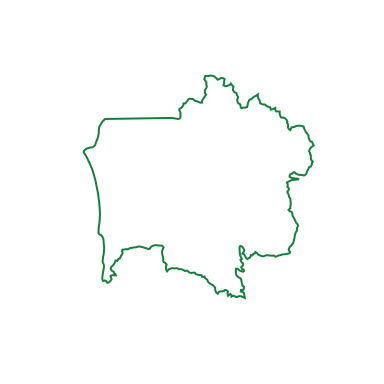 outline of Guaraqueçaba, Paraná, Brazil, rotated 136°
{"feature_id": "56859067B83930730788661", "entity_name": "Guaraqueçaba", "entity_type": "district", "adm_level": 2, "iso_a3": "BRA", "parent_name": "Brazil", "parent_adm1": "Paraná", "projection": "albers", "projection_center": [-48.356, -25.235], "detail": "fine", "context": "isolated", "style": "outline", "palette": "green", "viewbox_px": 384, "rotation_deg": 136, "n_neighbors": 0, "source": "geoboundaries", "source_scale": "gbopen_adm2", "svg_char_len": 5760}
<svg xmlns="http://www.w3.org/2000/svg" viewBox="0 0 384 384"><g transform="rotate(136 192 192)"><path d="M106.2,126.8L106.9,128.4L108.4,130.1L109.4,131.4L110.7,133.2L111.3,135.1L110.4,135.9L109.0,136.5L107.5,135.8L106.0,135.8L104.5,135.2L104.4,132.9L103.5,130.5L101.2,128.0L100.0,126.1L97.8,125.5L96.5,126.0L94.5,127.0L91.9,127.9L90.5,128.5L88.8,127.8L87.0,128.4L85.6,129.5L83.9,130.0L84.1,131.9L82.6,134.4L81.1,135.6L80.9,137.0L80.1,137.9L79.4,140.0L77.8,140.9L75.6,141.5L72.2,140.9L71.5,143.0L70.8,144.4L71.7,146.3L70.5,150.0L69.0,151.7L68.5,154.4L68.5,156.3L67.8,157.7L67.3,159.7L66.2,161.6L67.3,163.4L68.6,165.1L70.4,166.5L71.6,167.3L73.3,167.7L75.5,169.4L78.2,168.2L78.6,169.7L78.1,171.9L77.0,172.7L75.8,174.3L75.6,175.7L74.4,176.5L73.8,178.8L74.0,180.7L74.7,182.3L76.1,183.4L75.8,185.1L74.6,187.4L73.0,189.0L75.5,191.5L74.9,193.5L73.7,194.7L77.0,195.7L78.1,196.5L76.9,198.4L77.7,199.6L78.3,201.0L78.7,202.8L78.8,204.4L79.8,205.2L80.6,206.6L81.3,208.4L79.6,211.2L79.4,212.9L78.2,215.3L76.8,216.4L79.6,216.9L81.1,217.4L82.4,217.5L85.0,217.6L86.6,218.5L89.4,217.4L91.1,216.3L93.4,214.8L95.1,215.7L96.7,217.3L97.9,217.6L98.2,218.9L97.4,220.1L96.4,221.7L97.1,223.6L96.6,225.4L95.3,227.0L94.0,227.7L92.9,228.2L92.5,230.2L91.3,232.5L92.2,234.2L91.8,236.8L90.2,238.2L89.1,238.8L89.0,240.7L88.8,243.1L90.4,242.8L91.5,243.3L93.4,244.0L94.9,245.4L95.1,247.1L93.5,247.8L91.4,249.8L90.1,250.4L90.5,252.1L91.8,253.9L93.3,254.1L94.4,254.3L95.6,255.1L95.4,256.9L95.8,260.1L96.6,261.4L98.1,263.3L99.5,263.9L100.4,265.0L101.7,266.2L104.7,264.8L105.1,262.6L105.4,260.9L107.1,259.3L108.1,257.6L109.4,256.9L112.1,256.2L113.9,254.3L114.2,252.3L117.7,251.5L121.1,250.8L122.6,249.3L123.9,250.4L124.6,251.9L125.3,253.7L126.4,255.3L126.8,258.3L127.7,259.4L129.3,261.0L130.8,261.1L132.0,260.7L133.3,260.7L135.1,260.3L136.7,261.6L138.2,260.3L140.5,259.9L143.1,260.4L144.2,259.9L145.3,257.0L147.6,254.5L148.6,253.7L150.1,253.5L151.3,254.2L153.3,257.0L154.0,258.0L157.5,261.6L203.8,304.9L207.3,304.9L209.7,304.4L213.2,303.4L214.8,302.4L216.5,300.8L217.7,299.6L218.6,298.8L219.8,297.9L221.4,296.8L222.8,296.1L224.5,295.3L225.9,294.8L227.3,294.0L229.1,293.0L230.6,293.0L232.4,293.2L234.4,294.7L236.8,296.0L238.5,296.6L240.1,296.6L241.3,296.7L242.4,295.6L242.7,294.2L242.9,292.9L243.1,291.6L243.5,290.4L244.1,288.5L244.9,286.1L245.5,284.4L245.9,283.2L246.7,281.2L247.4,279.3L247.9,278.0L248.8,276.1L249.6,274.4L250.4,272.9L251.1,271.6L252.3,269.5L253.5,267.3L255.0,264.9L255.7,263.9L256.5,262.6L257.4,261.1L258.2,260.0L259.0,258.7L259.9,257.4L260.9,255.9L261.8,254.7L262.5,253.6L263.7,252.1L264.7,250.7L265.6,249.4L266.6,248.2L267.4,247.3L268.5,245.9L270.0,244.1L271.4,242.4L272.7,241.1L273.7,239.9L275.0,238.7L276.7,237.1L278.2,235.7L279.3,234.7L281.0,233.4L282.6,232.1L283.8,231.2L285.2,229.9L286.6,228.6L287.6,227.6L288.1,226.0L287.3,223.7L287.6,222.0L288.1,220.3L288.8,219.2L291.1,216.5L292.5,214.6L294.2,212.6L298.1,209.1L301.3,206.9L304.7,204.0L306.1,200.8L306.9,199.6L315.0,193.6L316.3,192.5L317.4,191.0L317.8,189.8L316.4,189.0L315.6,187.8L316.1,185.5L314.7,184.8L313.4,184.7L311.1,184.9L310.0,185.6L309.0,188.1L307.5,187.8L305.9,186.3L304.8,184.9L304.1,186.1L304.3,187.7L303.7,189.1L304.4,190.7L303.9,193.3L302.2,194.2L300.8,194.1L299.2,194.2L297.0,194.6L294.5,195.8L293.6,194.3L291.6,194.9L290.3,194.4L289.0,194.7L287.7,195.3L286.2,195.6L285.1,195.8L284.1,196.6L283.4,198.1L282.0,198.8L281.1,197.9L279.1,196.7L278.0,195.4L276.0,194.9L274.4,194.0L270.7,191.2L268.5,190.0L267.2,188.9L266.5,187.6L265.5,186.0L263.8,183.0L262.9,181.1L261.5,180.5L259.8,181.1L257.7,180.6L255.7,179.5L254.8,178.7L253.2,176.7L251.7,175.2L250.7,173.8L250.9,172.0L253.9,170.6L255.0,169.9L256.4,168.2L257.2,167.0L258.3,165.0L259.2,163.8L260.4,162.7L261.1,161.3L260.5,159.6L260.6,157.4L262.5,156.7L263.6,155.2L264.5,154.1L265.0,152.2L263.7,152.4L262.1,152.5L260.7,151.7L259.3,151.1L258.1,149.8L257.1,148.6L255.5,147.5L255.1,145.5L253.3,144.0L252.7,142.6L252.2,141.3L251.9,140.0L250.5,139.2L249.9,138.0L249.9,136.1L248.5,134.0L247.5,133.4L246.1,132.2L246.3,130.3L244.7,127.5L242.9,125.6L243.7,124.2L242.9,123.0L241.7,122.6L242.4,120.8L241.9,118.5L242.9,116.0L242.8,113.8L241.9,110.9L241.7,109.3L241.8,107.0L243.6,105.1L244.5,102.5L244.1,100.9L242.2,101.5L240.3,100.5L239.4,99.7L237.9,98.6L236.6,98.8L235.4,97.2L235.3,95.5L237.1,94.2L238.2,92.3L236.8,92.1L235.2,92.0L235.5,90.2L236.2,89.3L234.5,89.0L233.7,87.4L233.3,85.9L232.3,85.0L231.1,84.8L229.7,83.8L228.6,81.7L227.6,79.1L226.8,80.3L224.7,83.6L225.2,85.1L226.0,86.6L224.8,87.5L223.0,85.9L221.5,86.8L220.4,87.8L220.8,89.3L220.1,90.8L218.0,94.0L217.1,95.7L217.7,98.3L218.0,100.9L216.7,103.4L213.6,106.2L212.4,104.9L212.4,103.1L212.0,101.6L210.7,99.2L209.4,99.0L208.8,100.1L209.5,102.0L208.8,103.8L207.1,103.8L205.7,104.2L204.9,105.1L205.1,107.1L204.3,109.5L202.6,109.2L202.2,110.8L201.1,113.5L198.6,116.6L196.1,119.3L194.8,119.6L194.0,118.3L194.0,116.5L194.8,113.9L195.8,113.2L198.5,112.6L197.9,111.5L198.2,109.3L198.9,107.3L198.8,105.3L196.8,105.0L195.7,104.5L193.4,105.7L192.7,104.5L190.7,104.8L189.2,104.2L188.1,104.8L187.7,102.6L188.0,101.2L186.4,97.4L185.1,96.0L182.3,94.8L180.3,92.4L179.2,91.1L178.3,90.2L177.2,89.5L177.0,87.6L175.7,86.8L174.2,86.4L171.7,84.8L170.3,84.3L168.6,82.8L166.6,81.5L164.1,80.1L163.0,81.0L162.9,82.6L162.0,83.8L159.7,84.6L157.5,84.5L156.1,84.9L154.8,84.9L153.3,85.8L151.9,86.9L150.5,87.4L149.1,88.7L146.9,90.2L144.7,91.1L143.4,91.2L141.9,92.9L140.7,93.4L139.0,94.2L138.5,95.3L138.4,97.7L136.7,102.4L136.2,105.0L134.7,106.9L134.2,108.6L135.1,110.2L135.0,112.1L132.5,112.0L131.1,113.6L129.3,114.7L127.8,116.6L125.9,118.9L125.5,121.2L124.4,122.8L123.4,125.9L120.5,126.4L119.7,127.8L119.8,129.4L117.9,130.9L117.0,133.0L113.5,131.8L112.3,131.5L111.1,130.6L106.2,126.8Z" fill="none" stroke="#15803d" stroke-width="2"/></g></svg>